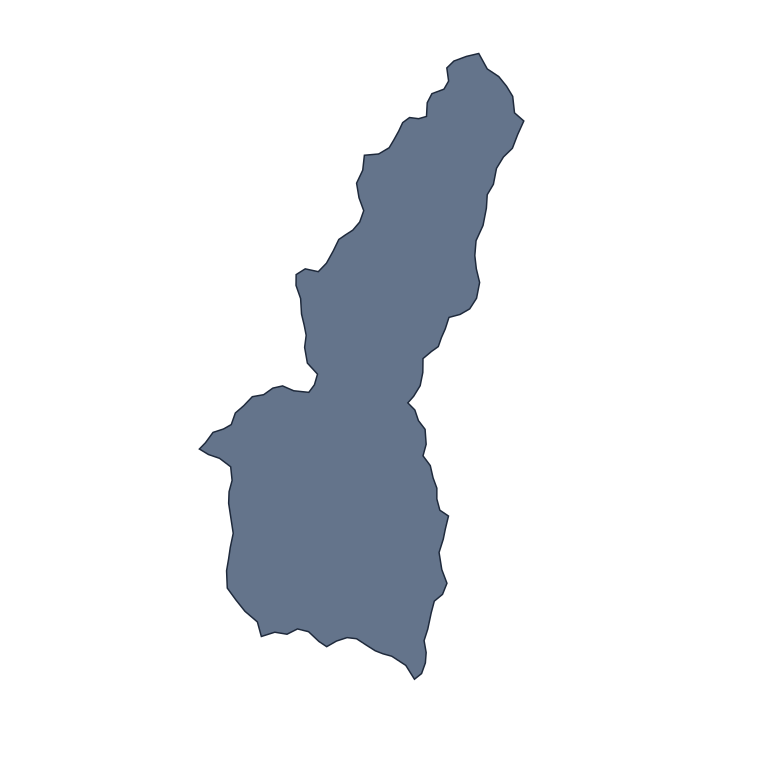 Vieiras, Minas Gerais, Brazil (Natural Earth projection), rotated 344°
{"feature_id": "56859067B62398779566024", "entity_name": "Vieiras", "entity_type": "district", "adm_level": 2, "iso_a3": "BRA", "parent_name": "Brazil", "parent_adm1": "Minas Gerais", "projection": "natural_earth1", "projection_center": [-42.278, -20.911], "detail": "fine", "context": "isolated", "style": "filled", "palette": "slate", "viewbox_px": 768, "rotation_deg": 344, "n_neighbors": 0, "source": "geoboundaries", "source_scale": "gbopen_adm2", "svg_char_len": 1835}
<svg xmlns="http://www.w3.org/2000/svg" viewBox="0 0 768 768"><g transform="rotate(344 384 384)"><path d="M572.4,192.8L581.3,181.0L590.9,169.7L584.2,159.3L587.0,143.0L583.9,131.6L579.1,120.2L570.1,109.6L566.2,92.4L553.5,91.8L540.2,92.8L531.5,97.5L529.6,110.6L522.9,117.1L510.1,118.1L503.1,125.5L498.6,138.5L490.4,138.5L482.0,134.9L474.0,137.9L467.9,144.9L460.8,152.0L454.1,158.3L442.2,161.4L428.2,158.7L422.5,172.6L413.0,183.4L411.3,198.1L412.3,211.8L405.3,221.6L396.4,227.5L388.4,229.9L380.4,232.6L371.8,242.2L362.0,252.0L351.8,257.9L340.0,251.6L329.7,254.6L326.6,265.0L327.4,278.9L324.0,294.0L323.5,305.4L322.6,315.8L317.8,326.9L316.1,342.8L322.8,356.2L316.9,365.6L309.4,371.3L295.3,365.6L286.0,357.9L276.0,357.3L265.4,361.1L253.9,359.9L243.2,366.2L233.1,370.9L226.0,380.9L217.3,383.0L206.3,383.4L196.1,391.3L188.6,395.6L195.8,403.4L205.4,410.1L213.8,421.3L211.4,434.8L205.4,444.8L201.8,455.8L200.1,468.9L197.9,486.0L191.2,498.7L186.5,509.1L181.2,520.1L177.1,537.0L182.1,550.7L187.7,564.2L196.7,577.8L196.5,592.9L210.6,592.5L221.8,597.8L233.3,595.6L243.2,601.3L250.5,613.6L256.5,620.7L267.5,618.0L278.6,617.6L287.4,621.3L295.0,630.1L302.0,638.0L308.7,643.1L316.4,647.8L327.4,660.5L331.9,676.2L340.3,672.7L346.9,663.5L350.5,653.8L351.8,641.7L358.5,631.7L366.3,617.0L372.5,606.6L382.3,602.3L389.6,592.9L388.4,578.3L390.5,561.1L398.2,549.5L403.1,540.1L409.6,528.7L402.9,520.7L403.1,509.1L406.1,498.7L405.3,487.7L406.0,475.2L401.7,463.8L407.9,453.6L411.0,438.9L407.0,428.7L406.5,417.5L401.7,408.7L409.1,404.0L418.3,395.6L424.5,383.6L428.5,370.3L438.6,365.8L446.5,363.0L452.0,355.2L458.1,347.9L464.8,337.9L476.3,338.1L487.1,335.4L496.6,327.1L503.9,312.8L504.5,298.7L506.7,285.6L512.0,271.6L522.9,258.9L530.9,243.2L535.4,230.5L544.2,222.2L551.6,207.7L561.4,198.7L572.4,192.8Z" fill="#64748b" stroke="#1e293b" stroke-width="1.5"/></g></svg>